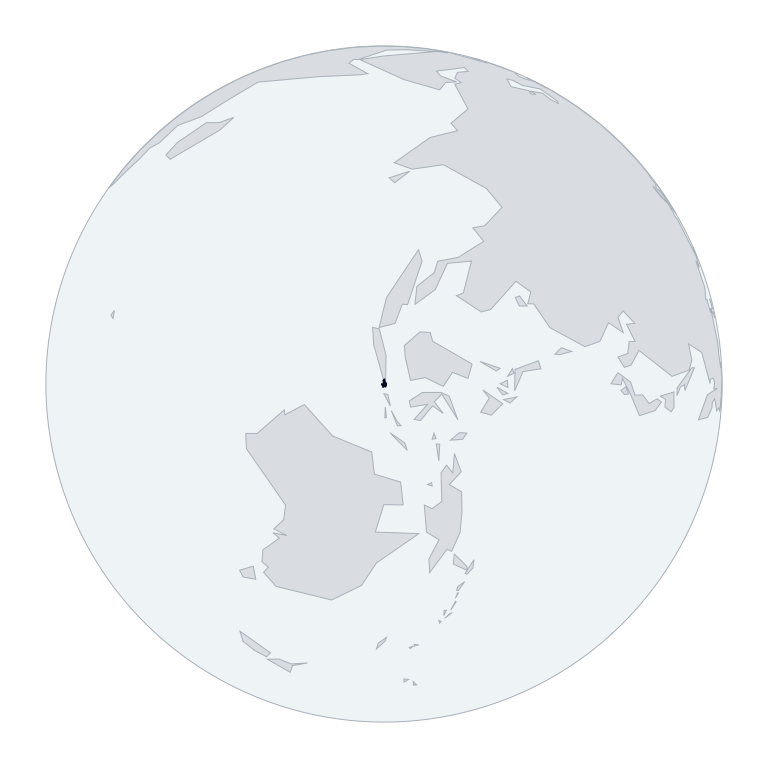 the Earth from above Bali, rotated 70°
{"feature_id": "IDN-1232", "entity_name": "Bali", "entity_type": "Province", "adm_level": 1, "iso_a3": "IDN", "parent_name": "Indonesia", "parent_adm1": "", "projection": "orthographic", "projection_center": [115.184, -8.453], "detail": "fine", "context": "on_globe", "style": "filled", "palette": "ink", "viewbox_px": 768, "rotation_deg": 70, "n_neighbors": 0, "source": "natural_earth", "source_scale": "10m", "svg_char_len": 7525}
<svg xmlns="http://www.w3.org/2000/svg" viewBox="0 0 768 768"><g transform="rotate(70 384 384)"><circle cx="384" cy="384" r="338" fill="#eef3f6" stroke="#a8b0b8"/><path d="M677.9,456.2L677.4,458.7L677.1,459.0L677.9,456.2ZM696.5,255.7L696.0,254.4L695.9,254.0L696.5,255.7ZM521.6,75.3L509.1,70.2L513.3,72.2L493.8,64.4L509.6,70.3L521.6,75.3ZM95.2,208.5L97.5,205.7L117.9,176.9L114.8,179.7L134.3,156.3L135.6,154.9L141.3,151.9L145.4,147.3L150.8,139.7L161.4,130.4L153.8,136.6L150.0,140.4L145.2,144.9L145.8,144.3L166.7,125.2L189.1,108.0L212.8,92.6L237.8,79.4L263.8,68.2L259.2,70.0L276.9,63.7L281.3,63.0L285.6,61.6L289.1,60.3L292.3,61.2L295.4,60.2L295.5,59.4L301.7,57.2L314.0,54.1L314.4,54.5L310.1,55.7L301.6,59.5L289.9,63.5L291.3,63.5L301.6,60.2L311.9,55.4L319.2,53.5L315.6,55.2L317.4,54.4L321.2,53.6L325.3,53.6L329.9,51.8L370.5,47.0L382.5,47.8L374.7,48.9L403.5,49.6L414.8,52.7L414.9,51.6L428.8,52.7L425.5,51.7L426.6,51.4L460.7,56.5L469.0,58.9L483.8,62.1L483.9,61.9L478.5,60.1L493.8,64.4L513.3,72.2L512.2,72.1L525.2,77.9L520.8,77.5L523.1,80.6L510.8,78.3L513.7,81.9L518.5,83.9L526.1,91.2L525.2,100.8L504.8,83.8L502.1,72.4L501.4,75.7L495.3,72.6L491.1,72.7L491.2,75.8L495.1,77.5L463.0,74.6L450.6,84.1L466.7,86.5L475.3,92.5L475.3,110.7L439.6,132.9L450.7,145.3L450.5,152.4L438.7,155.0L438.7,144.4L428.0,139.2L429.9,133.5L410.9,135.7L412.7,127.7L397.1,134.3L401.4,141.4L417.5,141.6L403.2,152.1L417.7,166.4L417.7,182.4L387.8,208.8L359.9,215.9L357.8,221.4L347.6,214.5L332.6,224.9L350.5,258.3L349.5,268.0L325.8,285.7L325.6,278.3L298.4,259.8L292.3,283.2L312.8,303.5L319.8,327.7L303.5,319.7L296.5,298.7L287.0,291.6L290.4,271.0L284.0,241.5L267.6,247.1L269.7,235.4L258.4,212.7L235.4,220.8L198.2,253.2L191.8,284.0L179.6,298.7L168.1,256.2L171.2,228.2L161.9,231.9L154.3,211.0L126.5,215.0L127.1,208.5L120.8,213.0L116.3,208.3L119.0,198.0L114.1,200.3L108.0,227.6L113.8,225.5L125.0,212.4L121.7,223.0L126.7,231.0L104.7,261.2L70.9,295.7L75.4,273.3L89.8,219.6L93.7,212.8L94.1,212.1L94.8,210.9L88.1,222.2L93.3,212.2L77.2,249.5L71.1,267.3L70.3,297.2L68.5,301.4L70.6,307.2L86.8,293.1L85.2,301.0L72.8,340.4L57.2,399.3L63.8,433.6L70.3,464.4L70.5,489.3L80.5,512.5L82.1,523.3L88.9,536.9L95.8,553.2L103.7,570.2L105.7,575.7L92.7,555.2L81.1,533.9L71.2,511.8L62.8,489.0L56.1,465.7L51.1,441.9L47.8,417.9L46.2,393.6L46.4,369.4L48.3,345.2L52.0,321.2L57.3,297.5L64.4,274.3L73.1,251.6L83.4,229.7L95.2,208.5ZM139.4,164.1L148.0,162.9L157.8,147.8L162.0,146.4L163.8,142.2L158.5,146.8L165.0,135.5L173.7,130.2L179.7,124.3L177.1,124.5L160.2,136.3L150.7,151.9L142.9,158.9L139.4,164.1ZM113.2,182.5L108.3,188.8L109.6,186.8L111.0,185.0L113.2,182.5ZM222.7,612.1L229.7,616.2L225.9,617.1L222.7,612.1ZM89.2,451.3L99.7,508.1L94.1,510.6L86.3,495.2L77.7,461.6L81.9,449.8L82.1,434.0L89.2,451.3ZM406.0,390.6L416.4,393.2L416.1,394.8L406.0,390.6ZM395.1,384.0L407.0,385.6L393.1,387.4L395.1,384.0ZM411.6,386.3L423.7,384.4L428.9,382.3L428.0,385.6L411.6,386.3ZM387.0,383.5L343.7,380.3L326.8,375.3L330.7,369.5L358.1,372.4L387.0,383.5ZM329.3,369.3L303.6,352.1L269.6,305.6L281.7,306.3L317.5,334.7L315.2,339.5L330.8,352.9L329.3,369.3ZM392.1,343.0L389.7,357.8L365.7,354.8L354.8,351.7L347.3,332.2L351.5,322.9L360.4,323.7L395.4,294.4L407.5,303.2L396.5,315.6L406.5,329.2L392.1,343.0ZM192.8,286.9L198.5,305.1L192.0,308.7L192.8,286.9ZM410.1,274.1L395.6,286.2L409.0,269.5L410.1,274.1ZM418.3,258.3L419.0,265.1L413.4,258.0L418.3,258.3ZM357.0,230.1L347.6,231.1L347.6,226.6L359.7,222.7L357.0,230.1ZM417.6,196.5L416.5,209.0L414.4,213.1L410.6,205.0L417.6,196.5ZM315.8,53.0L325.2,51.3L307.6,54.8L295.6,57.9L289.7,59.7L290.4,59.3L315.8,53.0ZM364.8,47.1L369.8,46.6L372.7,46.6L372.0,46.8L364.8,47.1ZM367.2,46.5L368.5,46.5L364.3,46.9L360.9,46.9L365.1,46.6L367.2,46.5ZM597.8,582.6L600.2,587.6L590.4,596.5L577.6,604.5L567.0,603.9L597.8,582.6ZM509.6,583.4L510.4,569.2L523.6,571.3L517.2,582.4L509.6,583.4ZM606.6,576.7L615.4,566.9L619.9,551.3L617.4,566.4L622.9,570.7L602.7,587.8L606.6,576.7ZM464.1,517.9L397.7,535.4L383.2,530.8L387.1,520.1L374.2,486.6L379.0,487.6L376.1,465.9L415.4,450.0L443.7,418.8L465.4,423.9L481.9,401.9L504.2,407.4L497.3,425.5L520.2,442.8L536.5,402.5L549.6,452.4L565.6,474.0L569.1,507.1L537.2,554.7L519.7,561.5L516.7,555.3L509.3,559.4L498.4,554.5L493.1,535.0L485.8,539.3L493.2,527.1L482.5,537.1L477.1,524.6L464.1,517.9ZM622.9,468.2L625.9,470.8L630.4,481.7L625.6,478.0L622.9,468.2ZM670.0,461.9L671.0,467.0L668.0,466.2L670.0,461.9ZM677.1,459.0L673.5,458.4L677.9,456.2L677.1,459.0ZM640.2,446.1L641.6,449.8L640.3,450.4L640.2,446.1ZM639.0,444.6L641.0,440.5L640.6,445.3L639.0,444.6ZM624.8,413.2L626.8,411.5L627.6,413.6L624.8,413.2ZM431.9,395.0L446.4,384.7L454.4,384.8L431.9,395.0ZM622.1,407.1L617.3,405.0L617.9,402.7L622.1,407.1ZM622.5,401.5L622.1,397.9L624.9,407.0L622.5,401.5ZM613.3,390.7L619.2,398.7L612.6,391.2L613.3,390.7ZM609.8,390.3L605.5,386.3L605.8,385.4L609.8,390.3ZM560.8,381.2L576.9,405.6L563.9,401.7L549.2,385.6L537.7,394.7L511.6,387.5L517.6,381.4L514.1,369.8L487.0,360.8L481.6,353.0L491.2,349.8L473.4,341.6L492.9,341.5L500.9,357.1L511.9,348.0L531.0,354.5L549.5,363.3L564.4,377.7L560.8,381.2ZM493.0,373.0L496.4,373.6L493.4,377.5L493.0,373.0ZM597.3,375.7L603.5,384.7L602.8,386.3L599.7,384.2L597.3,375.7ZM567.8,376.1L583.8,368.4L587.5,369.7L576.9,380.4L567.8,376.1ZM579.9,359.6L587.3,363.3L591.2,371.2L589.7,372.6L579.9,359.6ZM453.1,353.7L452.3,357.6L447.3,353.8L453.1,353.7ZM459.6,352.2L475.0,358.8L458.2,355.4L459.6,352.2ZM413.4,333.1L417.9,342.8L431.9,338.4L421.2,345.8L430.8,362.3L427.6,367.8L418.0,350.0L414.8,367.0L408.5,366.0L405.1,350.8L411.3,333.6L417.6,326.9L443.0,326.8L413.4,333.1ZM459.5,340.8L455.5,329.6L458.5,322.9L462.9,329.1L459.5,340.8ZM443.6,302.8L433.1,289.8L423.3,293.2L443.1,279.2L450.0,293.8L443.6,302.8ZM434.9,276.1L425.7,279.0L435.2,270.8L434.9,276.1ZM423.5,274.9L422.6,266.8L429.7,268.7L423.5,274.9ZM439.6,277.0L441.5,263.7L445.0,272.0L439.6,277.0ZM419.9,249.1L435.0,263.5L415.1,255.9L414.9,231.0L423.4,231.3L419.9,249.1ZM471.1,163.6L469.3,157.6L477.1,157.6L476.1,161.7L471.1,163.6ZM501.1,154.8L478.7,155.8L460.4,158.0L465.9,161.4L461.4,170.7L453.4,160.3L466.5,151.6L480.3,151.9L482.7,144.7L493.0,141.6L491.3,132.4L495.9,129.6L501.7,138.4L501.1,154.8ZM489.9,128.5L490.6,114.3L505.2,119.5L508.4,123.7L501.9,127.8L494.6,124.7L489.9,128.5ZM495.1,112.7L488.0,109.9L474.1,89.4L474.8,86.7L493.1,103.4L487.4,102.0L488.2,106.5L495.1,112.7ZM484.0,61.2L482.0,60.6L481.6,60.5L484.0,61.2ZM424.4,50.8L426.5,50.6L430.5,51.4L424.4,50.8ZM434.4,50.8L428.5,50.0L434.6,50.6L434.4,50.8ZM415.2,48.6L426.0,49.6L415.9,49.0L415.2,48.6Z" fill="#d9dde1" stroke="#a8b0b8" stroke-width="1"/><path d="M386.5,383.0L387.0,383.4L387.1,383.5L387.0,383.8L386.8,384.0L386.7,384.1L386.5,384.3L386.0,384.3L385.9,384.5L385.1,384.8L384.8,385.0L384.6,385.2L384.5,385.4L384.4,385.5L384.2,385.6L384.1,385.9L384.2,386.0L384.3,385.9L384.2,385.9L384.3,385.8L384.3,386.2L384.2,386.3L383.8,386.3L383.7,386.3L383.5,386.2L383.9,385.9L384.0,385.7L383.9,385.4L383.8,385.2L383.7,385.2L383.4,384.9L383.3,384.7L383.1,384.6L382.7,384.2L381.7,383.7L380.8,383.7L380.6,383.6L380.4,383.5L380.3,383.3L379.8,382.6L379.7,382.0L379.7,381.9L379.9,381.9L380.0,381.9L380.2,382.0L380.3,382.1L380.6,382.0L380.8,382.1L381.0,382.1L382.1,382.5L382.3,382.4L382.8,382.4L383.1,382.3L383.3,382.2L383.7,381.8L383.9,381.7L384.1,381.7L384.3,381.7L384.4,381.8L384.5,381.9L384.9,381.9L385.9,382.3L386.1,382.5L386.5,383.0ZM386.1,385.3L386.3,385.3L386.4,385.6L386.5,385.7L386.6,385.9L386.5,386.0L386.4,386.1L386.2,386.0L385.9,385.8L385.8,385.7L385.7,385.7L385.9,385.3L386.0,385.3L386.1,385.3Z" fill="#0f172a" stroke="#020617" stroke-width="1.5"/></g></svg>